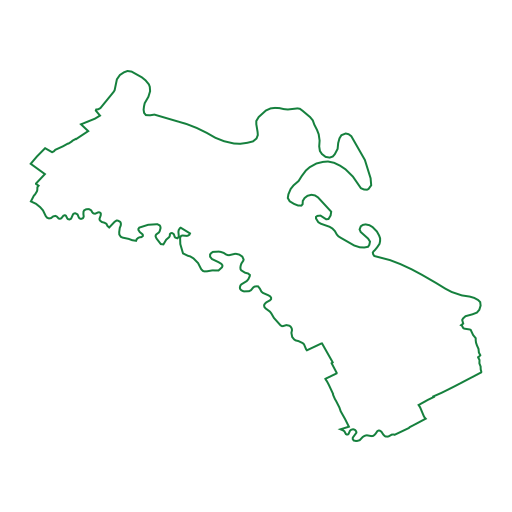 Grozesti, Iasi, Romania (Robinson projection)
{"feature_id": "2599482B13822693559247", "entity_name": "Grozesti", "entity_type": "district", "adm_level": 2, "iso_a3": "ROU", "parent_name": "Romania", "parent_adm1": "Iasi", "projection": "robinson", "projection_center": [28.02, 46.999], "detail": "fine", "context": "isolated", "style": "outline", "palette": "green", "viewbox_px": 512, "rotation_deg": 0, "n_neighbors": 0, "source": "geoboundaries", "source_scale": "gbopen_adm2", "svg_char_len": 6037}
<svg xmlns="http://www.w3.org/2000/svg" viewBox="0 0 512 512"><path d="M463.2,323.6L462.2,320.0L463.0,318.5L465.5,316.2L472.5,314.3L476.9,312.6L479.3,309.8L480.6,305.6L480.2,302.1L478.1,300.0L474.2,297.9L469.8,296.6L461.8,295.4L451.7,292.0L445.4,288.7L436.1,283.0L421.9,274.8L411.6,269.3L400.4,264.1L390.0,260.1L374.3,256.0L373.2,254.4L372.8,252.6L373.5,251.4L374.8,250.2L377.1,247.4L379.5,243.9L380.1,241.1L380.1,238.3L379.1,235.5L376.9,231.5L372.6,227.1L369.4,225.2L365.6,224.4L362.9,224.9L360.8,226.3L359.6,229.4L360.7,232.0L368.1,238.6L370.0,241.6L369.3,244.9L368.0,246.8L364.3,247.5L359.8,247.3L354.2,245.5L340.6,237.7L338.4,236.3L336.8,234.5L334.9,231.1L332.4,228.5L329.6,226.8L320.8,223.7L318.3,222.2L316.0,218.5L316.0,216.9L317.4,215.9L320.5,215.6L326.2,219.3L328.5,219.0L330.6,215.5L331.2,211.7L318.0,197.4L314.9,195.4L311.4,194.8L307.5,195.8L304.6,198.0L302.8,200.9L302.6,204.2L301.4,205.6L298.0,205.5L294.0,203.9L289.7,201.3L287.8,198.0L288.4,194.3L290.7,188.9L293.6,185.3L298.6,181.0L301.7,176.1L305.9,170.5L309.7,167.2L316.4,163.5L323.0,161.9L328.0,161.5L334.1,162.8L340.1,165.7L345.5,169.3L352.9,176.6L360.9,188.2L364.0,189.5L367.0,189.7L368.5,189.0L371.2,185.3L370.6,178.3L364.9,160.0L351.3,136.2L348.6,134.2L345.7,133.5L341.4,135.2L339.5,138.3L338.2,143.0L337.6,148.9L334.8,154.2L332.8,156.5L329.7,157.6L325.6,156.9L321.9,154.0L319.9,151.0L319.2,146.4L319.6,140.6L318.7,134.3L317.0,129.9L314.3,124.6L312.8,120.4L310.1,117.1L302.6,110.8L299.9,108.8L297.5,108.4L287.8,109.5L283.8,109.1L279.4,108.1L275.0,107.9L270.6,108.4L265.9,110.5L258.7,117.0L256.3,121.0L256.3,124.2L257.6,132.1L257.8,135.1L256.5,138.5L253.0,141.4L247.3,142.8L240.2,143.8L233.9,143.5L224.0,141.2L215.4,137.8L206.8,132.9L196.8,128.0L186.8,124.1L154.4,114.6L150.0,115.3L145.9,115.1L144.1,112.9L143.6,109.7L144.0,106.4L144.7,103.2L148.4,96.8L150.1,91.2L149.8,86.9L148.9,84.4L145.5,80.3L141.8,77.3L131.6,71.6L127.5,71.0L124.0,72.3L119.9,75.0L116.9,79.3L114.6,90.3L113.6,91.9L100.4,108.1L98.2,109.3L96.2,109.5L95.8,110.6L100.0,115.6L94.9,118.7L81.0,124.3L88.2,131.1L76.1,139.1L75.8,138.9L72.3,140.8L72.0,141.3L68.5,143.6L67.8,143.6L63.0,146.3L55.3,149.8L53.9,151.3L52.1,152.2L45.1,148.2L37.0,156.4L30.7,163.8L44.9,174.1L36.0,183.5L36.0,183.9L38.6,185.7L37.4,187.2L37.3,190.0L36.9,191.4L35.0,194.5L33.9,195.6L30.9,201.4L36.0,203.8L40.2,207.2L43.0,210.4L45.8,216.2L47.2,217.8L48.9,218.4L49.9,218.3L51.0,218.1L53.2,216.4L55.5,215.9L57.0,216.7L58.6,218.5L59.9,218.8L61.3,218.3L63.4,215.7L64.9,215.2L65.9,215.7L67.3,218.5L67.9,219.1L69.4,219.5L70.8,218.9L71.3,218.2L73.1,214.2L74.3,213.4L75.4,213.3L77.5,214.4L78.9,217.6L79.5,218.3L80.5,218.8L81.5,218.8L82.9,218.2L83.4,217.4L83.7,216.4L83.4,214.0L83.5,211.7L84.1,210.4L86.1,209.3L88.4,209.1L89.4,209.3L91.2,210.4L92.2,212.2L93.0,213.1L94.0,213.6L95.2,213.7L98.3,212.3L99.6,212.4L100.5,213.0L100.8,213.6L100.8,214.3L100.7,215.4L99.5,218.8L99.6,219.8L100.2,220.7L101.8,222.0L104.4,222.7L106.4,223.8L107.5,226.0L109.2,227.5L114.6,221.8L116.6,220.5L117.8,220.6L119.6,221.5L120.3,222.0L120.8,223.1L120.9,224.1L120.7,225.6L119.8,227.8L119.2,232.1L119.3,234.5L120.8,236.8L122.6,237.6L128.7,238.9L132.2,240.2L136.1,240.8L136.7,239.2L138.2,237.9L139.6,237.3L141.5,237.1L142.9,235.9L142.8,234.8L142.4,234.2L139.8,232.1L138.4,229.9L138.4,228.9L139.3,227.6L148.1,224.8L157.3,224.2L159.7,225.4L160.2,226.2L160.5,227.3L160.5,228.3L159.7,231.1L159.0,232.4L156.3,234.4L155.7,235.3L155.6,236.5L156.5,238.5L160.8,244.1L163.4,244.4L166.2,239.7L169.1,237.2L169.8,235.9L169.9,234.1L170.7,233.3L171.9,233.0L173.5,233.9L174.0,234.7L174.7,236.9L175.3,237.6L177.4,238.3L178.2,237.5L178.8,236.2L178.4,231.9L178.7,230.1L179.9,228.2L180.7,227.7L190.0,233.4L189.4,234.7L188.0,235.6L186.8,235.9L182.5,235.5L181.3,235.8L180.6,236.6L180.1,237.9L180.3,244.1L183.0,253.4L187.9,255.8L190.2,256.4L193.5,258.4L198.1,263.1L201.2,269.2L203.0,271.0L204.5,271.4L207.1,271.3L212.2,270.4L218.5,270.5L222.0,267.3L222.4,266.2L222.4,265.3L221.4,263.9L218.6,262.2L211.9,259.0L210.1,256.7L210.1,254.4L211.3,253.0L212.9,251.9L218.7,251.6L220.7,251.9L223.7,252.9L226.1,254.5L227.8,255.1L229.1,255.2L235.1,253.8L236.4,253.9L239.3,254.6L242.3,256.6L243.6,259.5L243.3,260.7L241.4,263.5L240.7,265.6L240.4,267.3L240.5,269.1L241.2,270.3L245.0,272.7L248.1,273.5L249.9,275.0L249.7,276.3L248.3,279.3L246.7,281.1L241.3,284.4L240.4,285.5L239.9,287.3L240.0,288.7L241.0,290.0L242.5,290.9L244.0,291.4L249.1,291.2L251.0,290.2L253.2,287.5L254.5,286.6L256.5,286.3L258.1,286.4L259.9,288.7L261.4,291.6L262.9,292.9L268.4,295.3L270.2,296.4L271.1,297.7L271.1,299.1L270.0,300.3L266.4,302.3L265.2,303.4L264.3,304.6L264.1,305.7L264.5,307.2L265.7,308.5L269.9,311.6L271.3,313.4L273.9,317.9L280.5,325.3L281.9,326.1L283.0,326.1L286.4,325.1L289.3,325.7L290.6,326.6L291.7,328.4L292.0,330.1L291.4,332.9L292.2,337.0L294.1,339.4L295.6,340.4L298.5,341.1L302.7,343.1L304.0,344.3L306.1,349.3L306.9,350.3L321.3,343.5L322.0,343.4L332.4,361.8L332.7,362.4L331.6,363.2L336.7,372.9L336.6,373.4L325.4,378.8L325.6,379.4L327.0,381.4L328.8,384.8L333.1,394.0L333.0,394.6L334.9,399.0L336.2,401.2L339.4,407.5L340.7,411.3L345.1,419.1L348.9,426.7L340.5,429.3L343.1,430.4L344.4,431.3L345.9,434.1L347.0,434.6L348.2,434.3L348.6,433.8L350.0,430.7L351.1,429.8L352.8,429.3L353.6,429.3L355.2,430.1L356.2,431.4L356.4,432.7L352.8,437.6L352.7,439.0L353.7,440.5L356.0,441.0L357.3,440.9L359.7,440.2L362.7,437.0L364.5,435.9L366.1,435.4L366.9,435.3L371.4,436.1L372.9,436.0L374.3,435.1L375.6,433.7L377.4,431.1L378.7,430.5L379.7,430.6L381.4,431.7L383.3,434.6L384.8,436.1L385.6,436.5L387.7,436.6L388.8,436.3L391.8,434.6L393.9,434.5L394.6,434.8L408.9,428.0L409.6,427.2L425.7,418.7L424.6,417.5L423.7,415.9L420.1,407.3L418.6,405.0L428.0,399.8L433.8,397.0L433.4,396.4L441.6,392.8L454.6,386.3L481.2,372.4L481.3,371.7L480.7,369.4L480.6,366.5L479.4,363.4L479.5,360.0L478.1,357.4L478.3,356.9L479.1,356.6L480.3,355.2L478.9,352.6L478.5,348.9L476.9,345.3L476.0,342.6L475.7,340.2L475.7,338.2L473.1,335.0L470.7,329.9L469.8,329.5L464.1,328.6L463.1,327.9L462.0,325.7L461.1,325.2L463.2,323.6Z" fill="none" stroke="#15803d" stroke-width="2"/></svg>